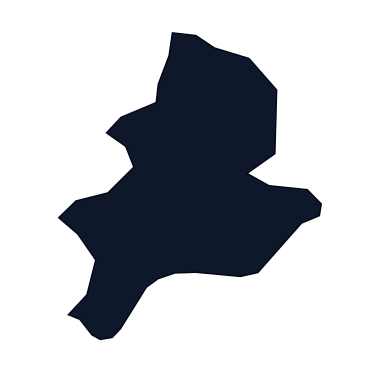 an SVG outline of Ciblas, rotated 96°
{"feature_id": "LVA-5745", "entity_name": "Ciblas", "entity_type": "Municipality", "adm_level": 1, "iso_a3": "LVA", "parent_name": "Latvia", "parent_adm1": "", "projection": "albers", "projection_center": [27.868, 56.613], "detail": "fine", "context": "isolated", "style": "filled", "palette": "ink", "viewbox_px": 384, "rotation_deg": 96, "n_neighbors": 0, "source": "natural_earth", "source_scale": "10m", "svg_char_len": 614}
<svg xmlns="http://www.w3.org/2000/svg" viewBox="0 0 384 384"><g transform="rotate(96 192 192)"><path d="M202.2,62.9L211.5,79.9L265.2,118.1L270.9,135.0L271.4,179.7L274.3,200.7L281.8,216.8L291.5,227.5L335.3,248.8L344.9,256.1L348.2,267.8L344.5,276.6L330.3,290.3L327.0,302.1L305.2,285.7L269.7,280.6L245.7,301.2L231.5,321.8L213.0,306.4L201.7,275.5L173.3,252.4L153.5,262.7L142.1,283.2L125.1,270.3L106.8,236.9L88.4,236.8L58.7,229.0L35.8,228.1L36.0,204.5L46.4,184.9L53.3,149.3L81.7,118.5L145.2,113.6L167.8,139.3L177.7,116.2L177.7,77.6L190.4,62.2L202.2,62.9Z" fill="#0f172a" stroke="#020617" stroke-width="1.5"/></g></svg>